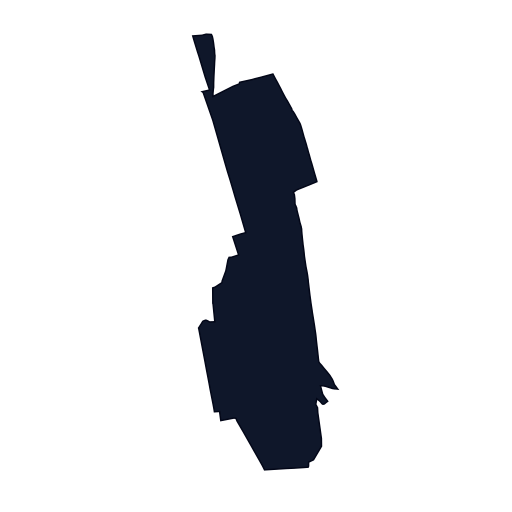 San Jacinto Amilpas, Oaxaca, Mexico (Albers equal-area conic projection), rotated 192°
{"feature_id": "50627088B74733696146426", "entity_name": "San Jacinto Amilpas", "entity_type": "district", "adm_level": 2, "iso_a3": "MEX", "parent_name": "Mexico", "parent_adm1": "Oaxaca", "projection": "albers", "projection_center": [-96.758, 17.093], "detail": "fine", "context": "isolated", "style": "filled", "palette": "ink", "viewbox_px": 512, "rotation_deg": 192, "n_neighbors": 0, "source": "geoboundaries", "source_scale": "gbopen_adm2", "svg_char_len": 3380}
<svg xmlns="http://www.w3.org/2000/svg" viewBox="0 0 512 512"><g transform="rotate(192 256 256)"><path d="M240.4,394.6L240.8,395.1L243.2,397.8L245.0,399.8L248.0,403.3L250.0,405.3L250.8,405.5L251.6,407.3L257.3,413.9L259.9,416.6L262.6,419.8L265.0,422.7L266.7,424.9L268.9,427.5L271.2,430.3L273.9,433.4L277.3,437.5L286.5,432.8L286.7,432.7L287.6,432.2L293.8,429.2L296.4,427.8L308.1,422.5L308.2,420.8L313.7,417.2L331.2,403.1L331.9,406.0L332.4,410.4L332.5,412.1L333.5,416.9L334.5,422.7L335.6,429.5L336.4,434.7L336.5,435.2L336.9,437.7L337.3,440.6L337.8,443.4L338.4,445.0L338.9,446.8L339.4,448.8L340.5,451.6L341.2,453.7L341.9,455.7L343.3,459.3L344.4,461.7L345.7,463.4L346.5,463.3L350.9,462.6L354.6,460.7L355.3,460.5L363.6,458.1L361.9,454.9L360.1,451.6L359.2,450.0L355.6,443.5L353.5,439.9L342.9,420.5L335.9,408.7L342.8,405.5L341.7,405.0L326.5,379.9L304.6,338.6L301.6,333.0L296.9,324.6L292.0,315.6L288.8,309.6L280.1,293.9L270.9,276.7L275.6,274.3L282.8,270.1L273.2,253.4L278.6,250.3L279.9,249.6L282.0,249.1L282.6,246.5L282.4,237.3L282.4,235.1L283.9,224.6L283.8,222.8L285.4,221.2L289.6,217.0L291.7,215.8L288.4,200.8L287.9,199.8L282.6,183.1L287.7,181.8L289.4,182.4L291.3,182.8L292.1,182.7L294.2,181.3L294.5,180.9L295.5,178.0L296.1,176.5L296.6,175.1L297.2,173.6L296.9,173.1L295.1,168.8L289.2,154.7L284.8,144.2L280.4,133.6L278.5,129.1L275.4,121.7L274.5,119.5L273.2,116.3L267.1,102.0L265.4,97.9L264.3,95.0L259.3,96.4L256.2,87.7L246.3,91.9L243.9,92.9L241.9,93.1L240.2,90.6L234.5,84.3L232.4,82.0L225.4,74.1L223.0,71.4L221.3,69.5L218.5,66.3L217.8,65.5L211.6,58.5L211.3,58.2L206.4,52.6L204.6,50.4L203.2,48.6L196.4,50.5L181.7,54.6L174.8,56.4L164.8,59.2L161.1,60.3L160.9,61.4L161.2,62.9L161.7,65.3L157.4,68.6L152.4,83.5L154.1,91.1L163.0,115.6L164.3,120.4L166.7,123.3L166.9,129.0L164.7,128.0L162.9,127.0L161.0,125.5L160.2,125.0L159.7,125.0L158.9,125.2L158.5,125.5L158.3,125.6L158.1,125.9L157.1,127.2L155.7,128.8L159.4,132.0L160.2,132.8L162.0,134.6L163.5,137.5L166.0,142.5L165.1,142.7L162.8,143.0L160.7,143.0L157.9,142.7L155.4,142.5L153.9,142.3L151.7,142.4L149.7,142.7L148.4,142.8L149.3,143.6L150.7,144.9L152.6,146.5L154.6,149.7L155.9,151.4L156.7,152.2L157.2,152.7L158.7,154.3L162.3,157.3L166.2,160.3L169.1,162.7L171.5,164.4L172.2,165.1L172.3,165.2L172.9,166.3L173.2,167.3L173.7,168.7L174.5,171.2L175.1,173.0L176.3,176.7L177.7,180.8L178.1,182.0L179.5,186.2L180.6,189.7L181.1,191.2L181.7,192.9L182.2,194.2L184.4,200.2L185.6,203.3L187.2,207.5L189.4,213.1L189.8,214.3L190.3,215.6L192.0,220.1L192.7,222.0L193.5,224.3L195.3,229.3L197.7,236.4L199.2,240.8L199.3,241.0L200.1,243.7L201.4,247.4L201.7,248.2L202.3,249.7L202.9,251.2L204.1,254.0L205.0,256.1L206.6,260.4L208.6,265.8L209.9,269.9L210.8,272.6L211.7,275.1L212.3,276.7L212.8,278.3L213.8,281.3L215.6,286.9L216.5,289.9L217.0,291.9L217.7,293.4L218.0,294.2L220.2,298.2L221.1,300.2L221.2,300.5L222.0,302.2L222.8,303.8L225.2,308.7L225.4,309.2L225.7,309.9L226.2,311.4L227.7,313.6L228.1,313.9L228.7,315.1L229.9,320.1L231.2,323.9L232.7,326.1L231.8,327.0L230.3,328.8L228.7,330.0L223.6,333.4L211.9,341.4L212.1,341.9L215.0,347.3L216.0,349.1L218.2,353.3L220.8,358.2L222.3,360.8L222.7,361.6L223.0,362.2L224.3,364.7L224.8,365.7L226.4,368.6L226.9,369.6L228.0,371.8L228.3,372.2L229.9,375.4L230.5,376.5L231.8,378.8L232.7,380.5L233.6,382.0L235.3,385.3L237.1,388.8L237.8,390.1L238.9,392.1L239.5,393.2L240.4,394.6Z" fill="#0f172a" stroke="#020617" stroke-width="1.5"/></g></svg>